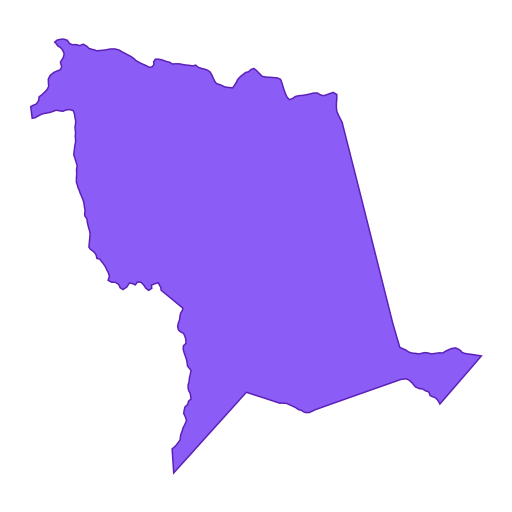 outline of Araci, Bahia, Brazil
{"feature_id": "56859067B44798977515529", "entity_name": "Araci", "entity_type": "district", "adm_level": 2, "iso_a3": "BRA", "parent_name": "Brazil", "parent_adm1": "Bahia", "projection": "orthographic", "projection_center": [-39.114, -11.24], "detail": "fine", "context": "isolated", "style": "filled", "palette": "violet", "viewbox_px": 512, "rotation_deg": 0, "n_neighbors": 0, "source": "geoboundaries", "source_scale": "gbopen_adm2", "svg_char_len": 3840}
<svg xmlns="http://www.w3.org/2000/svg" viewBox="0 0 512 512"><path d="M115.3,49.0L112.0,48.9L109.0,49.2L105.4,50.0L102.8,50.2L100.2,50.5L96.7,50.8L94.5,49.9L91.5,49.2L88.8,48.3L86.8,46.2L83.2,44.2L79.9,45.6L76.2,44.6L72.2,44.7L69.4,43.4L67.4,40.3L63.8,39.1L60.3,39.3L57.1,40.1L54.7,42.1L56.4,43.9L57.9,46.1L60.4,47.4L62.5,49.9L64.2,53.7L63.3,57.4L60.4,62.2L61.7,66.8L60.3,69.8L57.7,70.7L53.9,72.4L50.2,75.3L48.3,79.1L48.4,83.0L48.7,86.4L47.0,89.6L44.9,91.9L41.6,95.0L39.1,96.8L38.6,100.7L36.3,104.0L33.2,105.3L30.7,106.6L32.2,118.3L35.2,117.7L38.5,115.8L41.6,114.2L44.4,113.4L47.0,113.0L50.4,112.3L54.0,111.0L56.2,110.2L59.5,110.8L62.8,111.3L66.4,109.9L69.7,109.6L73.2,110.6L74.4,113.7L75.0,117.5L75.7,121.2L75.5,124.2L75.0,127.0L75.3,130.5L75.6,133.4L75.2,135.9L75.5,138.7L75.6,142.1L74.8,145.7L74.4,149.2L74.0,152.3L73.8,154.9L74.9,158.2L76.1,162.1L77.2,166.1L76.5,169.1L76.7,173.6L76.4,178.2L76.4,182.2L77.4,185.3L78.1,187.9L79.2,190.3L80.3,193.5L82.3,198.0L83.8,202.3L84.4,206.9L85.1,210.6L84.7,213.1L84.7,215.6L86.9,219.0L87.4,222.8L88.1,225.5L88.8,228.5L89.6,230.8L90.1,234.2L88.9,247.0L90.2,249.1L92.5,250.8L94.8,252.8L96.3,255.5L96.8,258.4L99.6,259.0L102.7,262.9L105.0,266.1L106.2,268.5L107.3,270.8L108.5,273.2L109.4,276.3L108.1,280.3L111.4,282.2L115.4,282.3L118.7,284.5L120.2,287.8L123.0,289.6L126.7,287.1L129.5,282.9L132.7,283.7L135.3,284.9L137.3,282.1L141.0,282.2L143.5,284.7L145.8,288.2L148.6,290.4L151.8,288.3L151.4,285.2L154.8,283.7L158.4,282.8L159.4,285.1L160.8,287.3L161.1,290.2L182.9,308.2L182.2,310.8L180.7,312.9L180.0,316.1L179.5,319.9L178.2,323.5L177.6,326.6L178.5,330.1L180.8,332.0L183.6,333.4L185.1,336.9L185.8,339.5L186.0,343.3L183.4,345.8L183.2,349.3L184.3,353.3L185.6,356.9L186.6,360.0L187.2,363.5L187.5,366.0L189.4,368.5L191.1,370.5L190.3,374.1L189.4,378.2L189.1,381.6L188.1,384.8L188.1,388.1L188.7,390.7L190.1,393.1L190.7,396.2L191.0,399.0L188.5,401.2L187.7,404.4L185.0,406.9L184.2,410.1L183.7,413.4L185.5,417.2L186.5,420.7L184.6,424.9L183.0,428.0L182.0,431.5L180.7,434.8L180.1,439.9L178.1,442.7L175.4,446.1L172.1,448.9L173.7,472.9L193.1,451.5L194.8,449.5L229.6,410.9L241.6,397.5L246.3,392.3L263.7,397.9L279.8,403.2L282.3,403.1L286.6,403.4L292.8,406.2L295.8,407.7L298.5,409.6L301.5,410.3L303.5,411.8L305.7,412.6L309.0,412.6L312.2,411.2L315.0,409.8L353.3,396.2L401.0,379.4L406.1,378.8L409.2,380.2L412.2,383.0L415.4,386.9L419.3,388.6L422.7,389.0L425.5,390.8L428.8,392.0L430.1,395.5L432.2,396.6L434.8,397.4L437.2,399.5L438.7,401.7L439.9,404.0L474.8,363.6L481.3,355.9L471.0,354.3L468.3,354.0L464.8,353.4L462.2,352.5L460.6,350.6L458.2,349.0L455.5,347.9L451.7,348.5L448.6,349.7L445.5,351.2L442.8,353.0L439.6,352.8L435.9,353.3L431.6,353.9L427.6,352.9L424.4,352.6L421.4,353.4L418.7,353.9L415.8,353.4L412.0,353.1L408.7,352.0L405.3,349.7L402.5,348.6L399.8,347.3L392.8,323.4L375.6,254.9L358.7,187.7L342.9,125.5L342.2,122.4L340.2,118.6L338.5,115.2L336.8,111.3L336.4,107.3L336.4,103.0L336.8,99.4L336.8,94.5L333.2,92.4L329.5,93.7L325.9,95.0L323.3,95.7L320.2,94.7L317.3,93.0L313.8,93.0L308.6,94.3L304.0,95.2L298.7,95.7L295.4,96.5L292.0,98.8L289.3,99.6L286.9,96.9L285.5,93.8L284.1,90.1L282.8,85.8L281.6,82.0L280.5,79.3L277.3,77.9L273.7,77.6L270.5,77.3L266.8,77.2L262.3,76.4L258.6,72.7L256.8,70.8L254.0,68.5L251.2,69.4L248.5,71.8L245.5,72.5L243.6,74.1L241.4,75.7L239.3,77.7L237.6,79.6L236.5,82.1L235.1,84.4L232.7,87.9L228.9,87.5L225.0,87.0L220.6,84.9L216.4,83.5L214.8,81.4L213.4,78.5L211.8,74.8L209.9,71.8L207.5,70.2L204.8,69.2L201.7,68.5L197.8,67.1L195.7,65.1L192.8,65.9L189.7,65.4L186.8,65.1L183.6,64.7L180.9,64.1L178.5,63.8L175.0,63.8L172.3,64.0L170.0,62.4L165.9,61.3L161.5,59.7L157.9,59.1L155.4,59.2L153.6,61.9L154.0,64.4L152.2,66.9L149.2,67.3L145.7,65.4L142.4,64.0L139.0,62.3L136.0,60.6L133.6,58.3L130.8,56.4L128.3,55.1L124.9,53.3L122.0,51.8L119.3,50.1L115.3,49.0Z" fill="#8b5cf6" stroke="#5b21b6" stroke-width="1.5"/></svg>